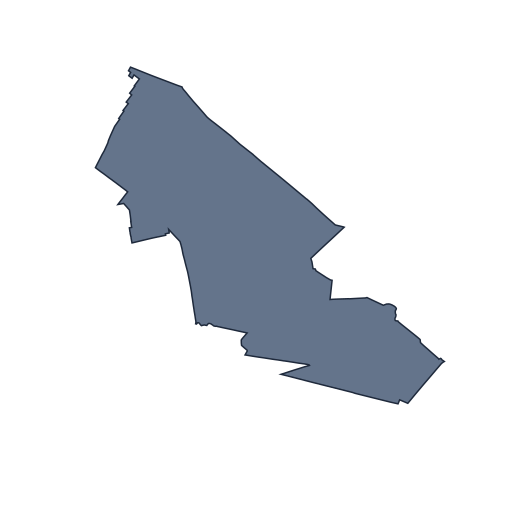 Livezile, Timis, Romania, rotated 127°
{"feature_id": "2599482B86518739037606", "entity_name": "Livezile", "entity_type": "district", "adm_level": 2, "iso_a3": "ROU", "parent_name": "Romania", "parent_adm1": "Timis", "projection": "albers", "projection_center": [21.055, 45.391], "detail": "fine", "context": "isolated", "style": "filled", "palette": "slate", "viewbox_px": 512, "rotation_deg": 127, "n_neighbors": 0, "source": "geoboundaries", "source_scale": "gbopen_adm2", "svg_char_len": 4714}
<svg xmlns="http://www.w3.org/2000/svg" viewBox="0 0 512 512"><g transform="rotate(127 256 256)"><path d="M335.4,164.8L322.7,134.3L306.8,96.6L306.7,96.2L306.0,94.1L300.1,80.2L292.4,62.1L292.3,61.8L288.6,53.6L284.4,54.7L282.3,46.1L271.0,45.6L259.7,45.0L245.2,44.1L236.6,43.6L230.4,43.2L229.5,43.0L228.3,42.7L226.9,42.1L227.0,45.3L226.7,45.8L226.6,46.2L226.6,46.5L226.6,46.9L228.3,47.8L228.2,47.9L228.1,49.0L227.5,57.2L227.2,60.8L227.0,63.3L226.8,66.2L226.6,68.7L226.5,69.5L226.2,72.5L225.7,72.9L225.2,73.5L224.7,73.9L224.2,74.3L224.1,74.5L223.9,75.0L223.7,78.2L223.5,84.2L223.1,98.3L222.9,102.7L222.5,103.6L223.2,104.6L223.6,105.6L223.7,105.8L223.5,106.3L223.0,106.9L222.5,107.3L221.7,107.6L221.0,107.7L220.3,107.9L219.5,108.3L219.0,108.6L218.6,108.9L218.5,109.3L218.3,109.6L217.8,110.3L217.2,110.8L216.3,111.5L215.9,111.7L215.5,111.9L215.1,111.8L214.6,111.9L214.1,112.0L213.7,112.2L213.4,112.4L213.3,112.7L213.0,113.6L212.9,114.4L212.9,115.2L212.9,115.8L213.0,116.3L213.1,116.8L213.1,117.5L213.3,118.1L213.5,119.0L213.9,120.2L214.2,120.8L214.7,121.5L215.3,122.2L215.7,122.7L216.1,123.0L217.5,123.9L218.8,124.7L218.8,125.1L221.3,136.9L222.4,142.4L223.6,143.3L228.7,149.4L234.2,155.9L234.2,156.1L237.2,159.8L240.4,163.8L244.5,168.8L246.2,170.7L229.6,180.6L230.3,182.1L230.9,187.0L231.5,195.7L231.7,199.4L231.4,199.7L230.7,200.8L231.8,202.8L227.0,207.8L224.9,210.8L217.2,209.5L210.2,208.3L199.7,206.4L179.9,202.9L180.1,203.6L183.5,211.4L183.2,214.9L182.7,221.6L182.1,228.3L181.8,231.4L181.3,236.4L180.5,242.7L180.2,246.4L180.0,249.7L180.1,250.1L179.5,262.2L179.0,272.1L178.5,283.1L177.5,309.4L176.8,319.1L176.7,319.3L176.6,326.3L176.4,336.2L175.3,348.1L175.2,352.3L175.0,359.3L174.9,365.2L174.8,373.4L174.7,376.3L174.5,378.7L174.1,380.6L172.9,386.1L171.2,394.3L170.2,399.3L169.1,404.0L168.6,406.2L167.6,410.1L166.6,414.6L166.2,415.7L165.7,416.5L165.5,416.8L167.1,421.8L169.2,429.0L171.0,435.2L172.9,441.7L173.3,443.1L174.9,448.7L176.4,454.2L177.9,459.7L179.2,464.6L180.5,469.2L180.7,469.9L184.8,469.3L184.8,467.9L184.8,466.6L188.6,466.1L188.6,461.9L187.2,462.1L184.8,462.4L184.8,458.9L184.8,455.7L193.4,455.6L193.4,454.9L202.0,454.9L202.2,452.2L211.2,452.3L211.2,449.7L219.8,449.8L219.8,448.7L228.8,448.4L228.8,447.2L237.5,446.9L247.3,444.7L252.7,443.3L254.8,442.4L263.4,440.5L267.5,440.0L271.4,439.3L278.9,438.0L282.1,437.4L282.1,432.5L282.1,430.7L282.0,427.7L282.0,420.5L281.9,413.0L281.9,403.1L281.9,399.0L282.0,398.0L282.0,397.1L283.1,397.1L283.3,397.1L284.2,397.1L285.2,397.2L290.6,397.2L295.5,397.3L296.5,397.3L297.3,397.3L298.0,397.3L293.7,393.3L294.6,388.7L295.0,386.9L295.4,384.8L299.1,381.0L303.7,376.6L303.8,376.8L304.7,375.9L308.0,372.5L309.7,374.1L310.7,373.1L312.0,371.8L312.1,371.7L312.4,371.4L312.7,371.0L313.1,370.5L313.3,370.3L313.4,370.2L313.7,370.1L314.2,369.5L315.0,368.6L315.6,367.9L315.8,367.5L315.9,367.3L316.1,367.1L316.3,367.0L316.4,366.9L316.6,366.8L316.7,366.7L318.0,365.3L320.2,362.9L319.5,362.3L308.3,353.1L305.3,350.6L304.1,349.6L302.0,347.8L300.9,346.8L300.6,346.6L299.2,345.3L297.0,343.4L293.8,340.6L292.8,341.7L290.8,340.0L289.9,339.2L289.5,339.5L287.6,341.5L287.3,341.8L288.1,337.3L288.3,336.1L288.6,334.5L289.2,331.0L289.7,328.0L290.0,326.4L290.0,326.2L290.2,325.4L290.7,324.7L291.1,324.2L292.0,322.9L293.0,321.7L294.5,319.8L296.1,318.0L297.3,316.7L298.8,315.0L300.1,313.3L300.5,312.8L301.9,311.0L302.3,310.5L303.0,309.6L303.4,309.2L305.0,307.2L306.9,304.8L307.6,303.9L309.7,301.2L311.0,299.7L313.4,297.0L320.2,289.5L323.4,286.1L326.6,283.0L328.5,281.0L331.5,278.0L333.3,276.2L335.4,274.0L337.2,272.2L338.9,270.4L340.5,268.7L342.3,266.9L344.0,265.1L344.9,264.2L346.1,263.6L346.5,263.4L346.2,262.6L345.7,262.5L344.9,262.5L344.6,262.6L344.3,262.4L344.1,262.0L343.8,261.5L343.9,260.7L344.1,259.8L344.2,259.5L344.3,259.1L344.5,257.7L343.0,256.5L342.2,255.8L341.8,254.9L341.1,253.5L340.2,253.5L338.6,253.4L338.1,252.9L337.8,252.4L337.7,252.1L337.6,251.9L337.4,251.3L337.3,251.0L337.3,250.7L337.3,250.1L337.2,249.1L337.3,247.9L337.2,247.5L336.9,246.8L336.7,246.4L336.3,245.7L336.0,245.4L335.8,245.3L335.3,243.8L334.9,243.1L333.6,240.2L331.6,235.9L330.2,232.9L328.7,229.7L326.9,225.7L324.9,221.4L322.8,216.8L329.0,217.2L331.0,217.3L332.0,217.2L334.4,215.3L336.1,213.7L336.4,209.8L336.6,206.5L337.1,205.8L341.6,205.2L338.0,198.3L335.1,192.9L332.6,188.4L332.5,188.2L330.1,183.7L328.6,180.9L327.4,178.7L325.8,175.9L324.8,174.0L324.5,173.5L323.1,170.8L322.5,169.8L320.9,166.9L319.7,164.6L318.7,162.8L317.6,160.7L316.6,158.8L315.9,157.5L314.5,155.0L313.8,153.7L313.5,153.2L313.3,152.9L312.2,150.7L311.8,150.0L311.5,149.4L311.4,149.0L311.3,148.9L311.1,148.5L311.0,147.9L311.2,147.4L315.5,150.7L319.7,153.7L324.3,157.0L335.4,164.8Z" fill="#64748b" stroke="#1e293b" stroke-width="1.5"/></g></svg>